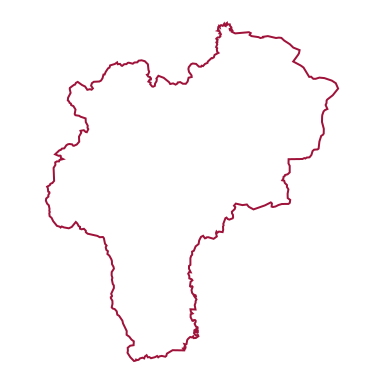 the district of Saba Yoi, Songkhla, Thailand
{"feature_id": "78962969B77762889714040", "entity_name": "Saba Yoi", "entity_type": "district", "adm_level": 2, "iso_a3": "THA", "parent_name": "Thailand", "parent_adm1": "Songkhla", "projection": "albers", "projection_center": [100.916, 6.501], "detail": "fine", "context": "isolated", "style": "outline", "palette": "rose", "viewbox_px": 384, "rotation_deg": 0, "n_neighbors": 0, "source": "geoboundaries", "source_scale": "gbopen_adm2", "svg_char_len": 5843}
<svg xmlns="http://www.w3.org/2000/svg" viewBox="0 0 384 384"><path d="M281.9,204.0L288.5,203.9L289.8,202.8L290.2,199.9L287.7,198.1L287.6,193.7L288.4,189.4L286.9,186.9L287.0,185.1L284.8,182.9L284.2,180.7L282.3,180.3L283.3,178.6L283.6,176.7L284.6,176.2L285.1,175.0L287.6,174.3L289.7,172.4L289.7,165.8L288.5,163.5L288.6,159.2L302.4,159.0L304.3,158.1L305.4,158.5L306.6,157.6L309.5,157.3L311.4,155.0L312.6,151.0L314.1,149.7L317.6,149.4L318.6,148.6L319.4,141.5L321.2,135.9L323.0,134.7L323.7,133.6L323.8,128.8L322.0,122.0L322.1,116.9L322.3,115.0L323.6,111.4L324.9,110.1L327.4,109.0L325.6,105.0L326.5,103.1L326.6,100.6L327.2,99.6L332.8,95.2L338.1,88.6L335.8,83.2L331.8,80.6L324.4,78.1L319.4,77.6L315.6,78.8L313.3,78.8L311.1,76.7L309.2,76.9L303.5,67.5L300.7,65.5L293.2,61.5L298.1,54.8L299.0,53.2L299.6,50.1L293.3,47.6L289.8,44.2L284.1,40.5L281.4,37.9L278.9,37.6L276.0,38.0L267.9,36.1L263.1,36.8L263.2,37.4L260.4,38.0L258.4,37.1L251.5,36.1L249.6,34.9L250.7,33.1L248.9,32.2L235.2,33.4L231.6,31.7L231.5,31.0L232.4,30.6L231.5,29.2L230.4,29.1L230.6,30.2L230.1,30.3L229.6,29.0L231.4,27.9L231.4,27.4L229.9,25.6L229.8,24.4L228.2,24.3L226.9,25.0L226.9,23.0L226.3,23.4L225.7,26.1L225.0,25.8L224.2,23.7L222.8,25.9L221.1,25.1L220.4,25.9L219.2,25.7L219.6,27.3L218.7,26.6L218.3,26.9L218.0,29.4L218.6,30.1L219.5,30.1L217.9,30.8L219.5,31.2L219.9,32.5L219.5,33.3L220.5,33.4L220.9,34.3L220.2,35.3L220.4,36.4L219.3,37.4L217.6,37.5L216.3,38.6L216.6,39.4L217.6,39.9L217.1,41.1L217.4,41.9L216.4,42.4L217.3,44.2L216.1,47.1L217.2,48.2L216.8,49.2L217.2,51.8L218.4,52.9L214.6,54.9L213.8,57.4L212.1,58.3L211.5,58.1L207.8,61.6L207.5,62.9L205.0,63.9L203.0,66.1L201.7,65.7L201.0,66.7L198.9,66.6L196.1,63.9L192.7,63.5L191.1,64.2L188.8,67.1L188.4,69.0L189.0,71.9L191.5,75.3L191.7,77.0L188.6,77.7L187.6,81.6L185.8,83.8L182.8,83.7L180.2,82.1L177.7,82.5L177.4,83.5L175.6,84.6L173.1,83.4L170.2,84.0L169.1,82.2L163.7,77.8L158.4,75.8L156.4,78.6L156.8,79.5L156.5,81.3L155.1,83.5L154.8,85.9L153.1,86.7L152.2,86.5L150.2,84.2L150.6,82.7L148.4,81.6L149.4,80.0L150.9,79.5L151.0,78.3L150.1,77.8L150.0,77.1L148.3,76.6L147.0,74.8L148.2,74.3L149.2,71.7L148.5,70.1L147.9,64.3L144.8,61.2L141.6,60.3L138.6,60.7L137.4,62.3L134.4,62.5L132.8,63.7L128.8,62.7L127.7,62.9L126.5,64.1L124.2,64.2L122.3,65.8L121.5,65.7L120.0,63.9L117.7,64.2L117.1,62.4L114.8,64.0L110.1,65.4L109.5,67.6L108.0,68.4L105.7,71.9L104.6,74.5L103.5,74.5L102.5,78.3L101.0,80.6L99.3,81.5L93.8,81.8L91.9,83.2L91.1,85.7L92.9,88.4L91.6,89.7L89.9,89.2L87.3,89.8L85.1,86.5L82.0,85.0L77.7,81.9L76.0,82.8L75.0,84.6L73.9,84.9L69.9,87.9L69.7,88.9L70.6,92.9L68.1,97.7L67.8,100.4L69.1,101.5L69.5,102.8L70.9,103.6L71.2,105.1L73.4,106.1L75.5,109.5L74.7,114.0L75.4,115.2L79.2,115.8L80.5,116.7L85.6,118.4L85.8,122.1L87.7,125.6L87.5,127.9L88.3,129.1L86.8,132.2L85.7,132.0L83.8,130.2L80.5,130.8L81.2,132.8L79.0,136.6L79.2,141.7L76.8,144.5L73.9,145.8L73.0,145.6L72.2,144.4L69.5,144.0L67.9,144.3L66.4,145.2L64.3,148.3L61.8,148.7L60.8,149.9L59.4,150.3L55.1,154.3L58.6,155.8L60.2,155.6L60.8,156.1L60.8,157.9L63.1,159.1L59.5,160.0L59.0,161.4L56.8,161.4L55.2,162.4L55.4,164.9L53.6,167.9L54.1,180.9L52.4,183.0L50.4,183.8L49.8,185.2L47.1,186.7L47.8,188.0L48.2,191.6L49.3,192.1L49.5,193.0L48.3,195.1L48.4,196.6L46.2,198.5L45.9,200.7L47.1,203.6L48.8,205.3L49.5,208.8L49.3,210.9L49.8,212.0L49.3,213.2L49.6,216.1L51.6,217.9L53.2,221.2L57.0,225.9L59.8,226.7L60.6,227.5L61.8,226.5L63.9,227.4L68.8,228.3L71.8,226.9L75.8,222.0L77.3,223.5L78.7,226.2L80.0,226.8L80.0,228.7L81.5,229.3L83.9,228.8L85.8,230.7L85.8,232.2L87.6,233.7L97.4,235.9L99.7,237.2L102.9,237.0L103.9,238.2L105.0,243.7L106.6,245.6L105.7,247.2L106.3,249.8L107.9,251.2L107.4,254.0L109.3,255.6L111.3,259.2L111.9,261.0L112.0,264.1L113.5,266.8L113.9,268.7L111.7,272.1L111.6,275.2L112.4,277.9L111.9,279.6L112.8,284.0L113.8,285.4L113.9,288.0L111.2,293.8L112.0,295.9L111.9,296.5L110.8,297.2L110.9,298.2L112.4,300.8L112.5,303.9L111.7,307.3L112.7,308.5L114.7,309.1L116.7,311.3L117.3,314.7L119.1,315.8L122.4,320.7L123.0,323.4L126.7,331.0L126.6,334.8L129.3,336.7L131.5,339.6L133.8,341.3L133.6,345.2L130.2,345.7L127.7,347.8L127.9,350.7L127.5,352.8L130.3,357.2L134.0,361.0L135.7,360.6L136.1,359.6L137.0,360.1L138.6,359.8L140.0,358.4L142.5,357.7L144.2,358.4L144.9,356.5L146.6,355.2L147.8,357.3L149.4,357.1L151.0,358.2L154.9,357.2L157.1,356.0L158.2,357.3L159.4,356.4L161.7,355.9L165.3,356.7L166.3,355.9L166.9,353.6L172.6,350.2L184.3,350.4L184.4,349.9L183.1,348.4L184.5,348.0L185.3,348.3L185.6,347.1L184.6,346.5L185.0,345.4L184.4,344.1L185.9,344.5L186.5,344.1L187.2,340.1L188.2,338.7L190.2,337.0L191.8,337.4L193.1,336.4L193.6,338.1L195.8,338.0L198.4,336.2L197.9,335.0L195.5,335.3L194.0,333.1L194.3,331.6L197.4,332.8L197.8,332.5L197.8,330.3L196.8,330.1L196.0,330.7L194.8,330.0L197.7,328.0L197.5,327.2L196.0,326.7L194.6,323.8L195.6,322.0L195.7,320.8L195.3,320.2L194.0,320.0L193.1,320.9L192.4,320.8L190.6,317.2L190.7,314.2L192.6,313.5L190.9,311.9L190.5,309.3L195.5,309.5L194.7,305.1L195.6,302.6L195.6,301.1L196.5,299.4L194.4,296.4L195.9,296.3L195.6,295.3L193.3,294.4L192.1,292.9L191.5,290.1L192.6,286.9L192.0,286.2L190.5,286.7L190.0,286.2L190.6,281.8L192.4,280.3L191.7,279.3L189.3,278.4L189.3,275.9L188.2,273.7L189.2,272.1L190.7,272.3L189.0,268.7L189.0,266.0L190.4,264.9L190.4,258.2L191.1,256.0L192.2,254.7L192.1,251.6L193.9,250.7L195.6,246.4L198.6,244.0L199.2,240.4L201.0,236.9L203.1,235.8L204.9,238.3L205.9,238.1L206.5,237.4L208.2,237.2L213.6,238.8L216.8,236.5L216.0,233.0L216.5,231.6L217.4,232.7L218.9,231.6L222.6,232.1L223.2,229.8L223.0,226.5L223.6,225.4L223.3,223.9L225.4,218.2L226.5,217.6L227.7,219.0L229.3,219.6L232.7,218.3L233.1,217.2L232.9,214.7L232.0,213.4L231.9,211.7L234.7,209.1L235.3,207.1L234.0,205.7L235.8,203.6L242.4,205.1L246.9,204.5L248.8,206.8L253.5,209.4L264.9,205.4L270.8,202.4L271.9,203.4L271.6,206.6L272.9,207.0L275.5,206.5L278.5,205.0L281.9,204.0Z" fill="none" stroke="#9f1239" stroke-width="2"/></svg>